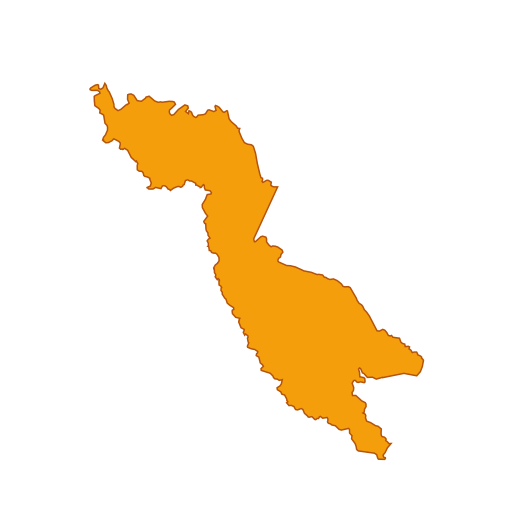 Teocelo, Veracruz, Mexico (orthographic projection), rotated 226°
{"feature_id": "50627088B17897683861413", "entity_name": "Teocelo", "entity_type": "district", "adm_level": 2, "iso_a3": "MEX", "parent_name": "Mexico", "parent_adm1": "Veracruz", "projection": "orthographic", "projection_center": [-96.937, 19.373], "detail": "fine", "context": "isolated", "style": "filled", "palette": "amber", "viewbox_px": 512, "rotation_deg": 226, "n_neighbors": 0, "source": "geoboundaries", "source_scale": "gbopen_adm2", "svg_char_len": 6058}
<svg xmlns="http://www.w3.org/2000/svg" viewBox="0 0 512 512"><g transform="rotate(226 256 256)"><path d="M485.7,259.3L488.4,261.4L489.3,261.1L490.6,259.0L491.7,253.9L491.5,252.6L490.9,252.2L489.3,252.8L485.3,257.0L482.9,257.6L481.4,256.8L483.1,251.7L483.2,250.5L479.9,247.5L476.1,244.5L471.5,245.4L469.2,245.2L467.5,243.0L464.1,244.2L462.9,244.1L456.4,239.6L453.2,239.5L451.7,238.6L449.6,236.5L447.7,231.8L447.3,228.8L446.0,226.3L445.3,226.8L445.0,226.2L441.8,226.6L440.1,228.6L439.0,232.3L439.1,235.1L433.9,236.9L431.8,236.9L430.7,236.0L428.5,232.7L426.8,232.8L425.8,234.1L425.1,234.2L424.7,236.3L421.2,237.1L413.5,234.7L407.3,235.1L407.4,235.9L404.6,235.2L403.6,233.4L400.5,230.5L398.2,230.9L396.2,232.7L394.2,232.6L391.9,231.2L390.7,231.3L388.2,232.8L385.6,233.6L385.0,232.9L381.3,231.4L379.7,228.6L381.2,224.6L380.6,225.4L378.9,225.3L377.9,226.1L375.7,228.5L375.1,231.4L370.5,234.4L371.4,237.4L370.4,238.8L368.8,239.5L367.3,239.6L365.5,239.2L363.5,240.1L362.6,239.9L362.1,243.6L360.8,247.2L359.6,248.9L357.7,249.6L357.1,251.6L357.6,252.6L357.3,254.0L359.3,257.7L358.2,259.8L356.0,260.4L354.8,261.7L350.2,263.1L348.8,262.0L348.5,262.5L344.2,263.8L343.9,263.5L343.5,264.3L343.9,267.7L342.8,267.9L341.1,266.4L338.7,265.4L335.0,268.2L332.6,268.0L331.9,266.7L334.1,263.6L331.9,259.0L330.4,253.1L328.0,251.0L321.8,249.3L318.3,249.0L317.2,242.6L316.8,242.2L315.1,241.7L314.1,242.2L310.2,238.8L308.5,237.8L306.1,237.5L304.2,235.9L300.8,235.3L301.2,233.5L300.8,231.3L298.5,230.7L296.5,228.9L296.4,228.2L296.1,228.5L295.1,228.2L292.4,226.2L291.4,227.1L289.5,226.5L287.6,227.4L286.1,228.9L284.3,229.2L280.6,228.3L278.4,226.3L277.9,225.3L277.8,223.9L277.5,223.6L277.8,220.4L276.8,217.2L275.7,216.6L275.5,216.9L272.9,214.6L270.8,214.2L269.7,213.2L269.4,212.2L265.9,211.7L266.0,213.1L264.4,213.1L263.8,212.6L264.0,212.2L260.8,209.3L258.8,209.8L257.1,209.3L257.2,208.7L255.6,206.9L253.3,206.5L252.0,205.2L247.6,204.3L245.8,204.4L242.1,202.6L238.8,202.9L234.5,204.0L233.0,202.9L233.5,201.4L233.1,200.7L230.9,199.0L226.0,198.8L222.4,201.1L221.8,199.4L221.1,198.9L221.2,198.6L220.5,197.7L214.8,195.4L211.5,196.5L211.0,196.3L209.9,193.8L206.9,192.9L207.1,194.3L204.2,194.7L203.1,193.9L202.9,192.8L199.6,190.6L198.6,190.5L197.1,187.2L196.2,186.6L192.9,187.9L189.5,190.2L186.1,190.9L185.3,190.0L185.3,188.5L184.2,187.0L181.3,187.8L176.1,184.8L173.3,185.1L171.5,184.7L171.5,181.4L170.1,180.3L161.7,184.8L157.8,184.8L156.5,184.2L154.6,184.2L152.6,185.8L150.3,186.4L148.8,189.0L146.3,185.2L145.9,182.9L146.6,179.6L145.0,178.5L141.0,179.5L138.8,178.6L136.1,180.0L131.6,178.7L130.8,177.9L129.0,177.6L129.2,176.1L125.5,175.8L124.0,177.6L121.4,178.7L118.1,177.8L116.4,179.0L114.9,182.5L113.1,183.1L109.2,181.6L105.2,181.9L103.9,181.7L103.0,182.4L102.0,184.2L101.1,184.7L97.7,184.7L96.8,185.3L96.7,187.1L95.8,187.9L95.8,188.7L96.3,189.9L96.0,190.8L93.0,191.3L90.5,194.9L89.2,194.7L87.9,193.7L87.1,192.3L86.1,191.9L84.9,192.1L83.5,193.0L81.9,193.1L78.7,195.2L73.6,195.3L71.5,196.5L67.6,202.9L66.2,202.7L63.6,200.3L60.1,200.2L58.1,197.8L52.2,197.0L49.2,195.6L47.1,194.1L46.2,194.0L44.7,194.2L31.9,204.2L29.2,204.8L26.2,203.2L24.8,202.9L20.3,207.3L20.5,208.5L21.1,208.9L22.7,208.1L24.5,209.1L24.9,212.3L26.7,217.2L27.3,222.9L28.9,221.2L30.9,221.5L33.1,221.1L33.9,222.4L34.9,222.6L36.5,222.5L38.5,221.3L39.7,221.4L41.4,222.6L44.6,226.0L48.8,225.5L50.9,224.1L56.5,222.7L60.4,220.9L63.6,222.4L64.8,224.0L66.3,224.7L68.8,223.9L68.5,225.3L70.5,227.8L71.2,230.5L73.1,232.3L74.7,232.7L78.4,231.4L86.3,230.9L88.6,228.5L91.2,230.3L91.2,231.4L91.8,233.0L93.5,234.9L97.7,236.8L98.5,239.6L98.3,240.3L97.6,241.0L95.0,241.0L93.9,241.9L92.9,243.8L89.7,245.8L89.7,247.0L92.2,249.1L93.6,249.1L97.0,246.8L100.5,249.7L103.4,251.2L103.6,252.7L102.2,253.0L98.0,251.4L96.5,252.0L91.3,251.8L87.9,255.6L83.9,257.0L80.9,262.6L80.6,262.5L68.8,280.9L58.2,288.4L58.6,293.8L60.9,298.8L64.6,304.0L65.8,304.3L67.4,304.1L68.1,304.9L69.6,304.9L72.7,303.7L73.5,304.3L75.3,304.8L77.0,303.1L78.0,301.3L80.7,302.0L82.9,301.6L84.0,303.3L85.3,302.8L87.2,300.4L89.3,301.8L91.4,300.6L93.5,300.4L97.2,302.1L102.5,298.0L104.7,298.3L105.2,297.1L106.3,296.3L107.3,296.1L110.0,296.9L113.2,297.1L115.2,296.2L116.2,292.7L118.1,291.1L134.0,295.8L138.8,296.6L142.1,296.6L145.6,297.8L147.5,298.0L150.5,297.3L153.8,297.9L156.1,298.9L167.9,301.8L169.8,301.1L172.3,298.3L173.7,297.5L176.5,298.0L179.5,297.7L181.9,297.3L185.7,295.8L187.7,292.9L189.9,291.8L192.0,291.4L193.4,290.4L196.1,290.7L199.1,288.5L200.3,287.0L205.9,284.4L211.9,280.2L220.6,276.8L225.2,273.9L227.9,271.4L235.8,268.2L237.1,268.2L238.1,269.3L238.6,270.8L238.3,272.9L239.8,275.2L240.1,278.0L242.1,278.9L247.3,277.9L249.6,276.7L251.6,275.0L252.1,273.3L254.7,272.9L258.8,273.4L261.0,275.5L262.7,276.2L265.7,274.5L266.5,272.8L266.7,265.6L267.4,264.8L269.6,266.0L270.1,266.7L290.7,319.6L293.5,316.7L295.4,315.9L296.7,315.9L298.5,318.3L302.1,317.3L303.1,316.1L304.1,312.1L305.5,312.2L306.2,313.7L307.4,314.7L308.9,314.0L312.5,315.8L321.6,321.2L330.2,327.0L336.2,330.0L337.7,330.3L339.4,329.8L342.3,327.6L345.6,326.4L350.2,327.5L356.6,330.0L358.0,330.9L359.0,332.9L360.7,331.5L363.1,332.1L369.8,331.5L373.3,331.9L380.2,336.2L380.8,335.9L381.5,332.8L382.9,332.3L388.4,332.8L390.8,332.2L392.4,331.4L392.1,330.4L388.5,328.4L389.2,326.0L393.7,323.8L394.4,322.6L393.4,318.4L394.2,316.4L397.5,312.2L397.2,309.7L397.6,308.8L399.9,308.1L401.6,308.3L404.0,309.4L405.4,309.4L407.0,308.7L405.4,306.2L408.9,305.7L409.5,310.1L411.4,311.2L414.1,309.8L415.3,301.9L414.8,295.1L415.8,293.0L417.7,292.8L419.1,293.2L420.4,294.2L421.1,295.5L420.9,297.8L421.0,303.4L423.4,304.2L424.9,303.5L427.6,301.0L431.7,295.4L433.2,294.4L434.5,292.4L438.0,290.8L445.2,290.1L446.7,287.3L446.3,286.1L446.9,281.1L448.6,279.7L450.3,278.5L456.5,279.7L459.4,278.7L460.6,277.0L461.1,275.7L457.9,272.4L454.1,270.9L454.4,268.5L454.7,268.5L455.0,267.2L455.3,260.9L456.3,257.9L457.1,257.4L458.2,257.6L459.3,257.1L461.1,257.2L462.5,257.9L463.9,259.2L469.1,261.9L476.0,264.4L477.2,264.4L480.5,265.4L482.6,266.7L485.2,267.2L483.3,262.8L483.8,260.1L485.7,259.3Z" fill="#f59e0b" stroke="#b45309" stroke-width="1.5"/></g></svg>